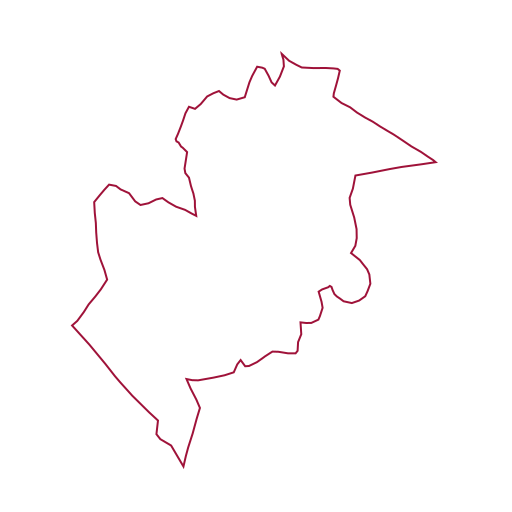 outline of Al-Shatra, Dhi-Qar, Iraq, rotated 170°
{"feature_id": "34846034B98077762120905", "entity_name": "Al-Shatra", "entity_type": "district", "adm_level": 2, "iso_a3": "IRQ", "parent_name": "Iraq", "parent_adm1": "Dhi-Qar", "projection": "robinson", "projection_center": [46.274, 31.405], "detail": "fine", "context": "isolated", "style": "outline", "palette": "rose", "viewbox_px": 512, "rotation_deg": 170, "n_neighbors": 0, "source": "geoboundaries", "source_scale": "gbopen_adm2", "svg_char_len": 2356}
<svg xmlns="http://www.w3.org/2000/svg" viewBox="0 0 512 512"><g transform="rotate(170 256 256)"><path d="M364.0,61.3L359.8,71.2L356.0,79.3L349.2,92.2L342.7,106.0L337.6,116.1L339.7,125.0L343.4,136.8L345.8,146.9L340.4,144.8L334.6,143.6L326.7,143.6L318.9,143.6L307.6,144.0L298.1,145.3L293.3,152.5L289.2,156.2L285.8,149.3L282.0,148.9L273.5,151.3L265.7,155.0L265.0,155.4L258.4,158.2L256.4,159.0L250.6,157.8L241.4,154.6L233.9,153.3L231.5,155.4L229.5,163.9L225.0,171.1L223.7,182.9L218.2,181.3L213.1,180.5L205.6,182.5L203.5,185.7L199.4,193.4L199.4,199.5L200.5,210.0L196.7,211.6L190.3,212.7L189.6,213.1L188.5,213.7L187.0,212.4L186.5,209.2L185.4,204.9L183.4,202.1L180.7,199.5L177.6,196.2L169.8,193.0L162.2,194.2L155.4,197.4L152.3,201.9L148.2,208.8L147.6,218.1L148.9,223.7L152.3,229.9L154.4,233.9L161.9,242.4L156.4,248.8L153.7,256.1L152.3,265.0L152.6,276.8L154.3,290.1L153.7,297.0L148.9,305.5L144.1,318.0L141.0,318.0L127.3,318.0L109.2,318.4L97.0,318.4L77.5,317.6L62.8,317.2L64.8,319.6L69.6,324.1L75.4,329.8L84.0,337.0L91.5,344.3L99.4,351.8L104.7,356.3L111.4,362.1L117.8,368.1L124.4,373.3L131.6,379.7L137.5,386.1L145.2,391.8L152.1,399.4L151.1,402.7L147.7,409.7L144.4,416.7L141.3,424.0L143.1,426.1L147.2,427.3L154.9,429.1L166.4,431.0L178.2,433.7L183.1,437.3L189.5,442.5L195.6,450.7L195.6,450.4L194.9,444.6L195.6,437.9L201.3,428.5L207.7,420.6L210.5,424.3L212.3,431.3L214.9,438.9L217.2,440.4L222.0,442.2L228.5,434.0L232.3,428.2L236.4,420.3L239.5,414.3L247.9,413.4L254.6,416.1L260.2,420.6L263.8,424.9L269.7,423.7L276.4,421.6L284.1,415.2L290.5,411.5L296.1,414.6L300.7,408.8L304.3,402.1L307.6,396.4L311.5,390.0L314.8,385.1L314.4,382.7L312.5,381.2L310.8,376.8L309.4,375.4L305.8,370.3L308.9,361.2L311.2,354.5L311.2,349.9L308.4,344.8L307.9,336.3L307.4,332.5L306.8,328.4L306.6,321.1L307.6,315.0L307.9,305.9L312.0,309.0L317.9,313.8L326.1,318.4L333.0,324.1L338.1,329.3L344.5,329.0L352.7,326.6L360.9,326.3L365.5,330.8L370.1,339.9L377.8,345.1L381.7,349.3L388.3,351.8L393.9,347.5L399.3,343.0L406.0,337.2L407.3,326.3L408.0,316.3L409.3,306.8L410.3,296.5L410.8,287.1L409.8,279.5L407.7,268.6L406.7,258.6L414.6,250.1L421.3,244.0L429.2,237.4L435.3,230.7L443.3,223.1L449.2,219.5L435.5,197.7L423.1,175.9L415.8,162.2L411.9,155.6L410.6,153.5L402.1,139.9L388.4,120.6L381.1,111.0L385.0,97.8L382.0,92.2L372.5,84.1L367.8,71.5L364.0,61.3Z" fill="none" stroke="#9f1239" stroke-width="2"/></g></svg>